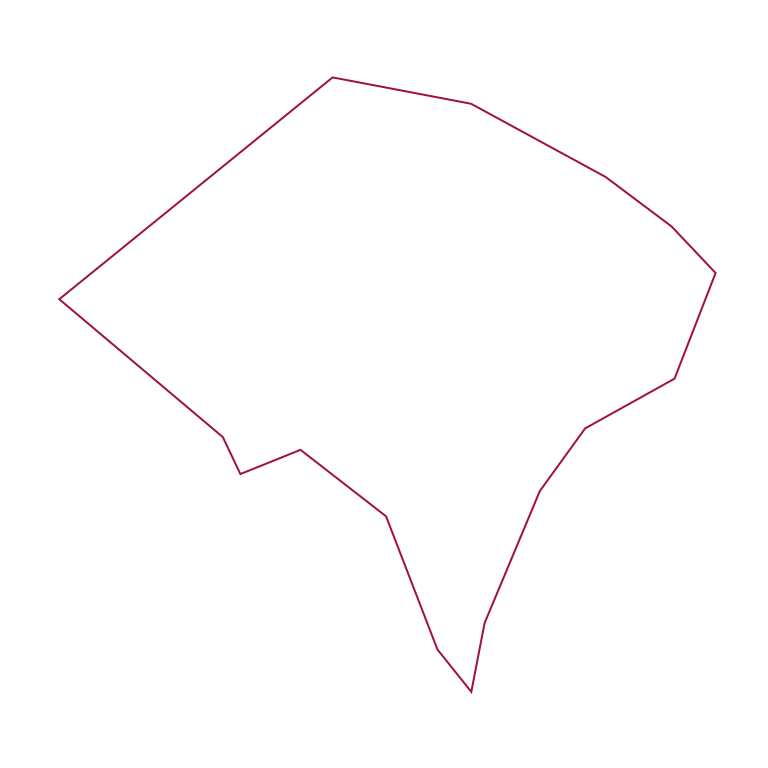 outline of Dobrovnik, rotated 92°
{"feature_id": "SVN-271", "entity_name": "Dobrovnik", "entity_type": "Municipality", "adm_level": 1, "iso_a3": "SVN", "parent_name": "Slovenia", "parent_adm1": "", "projection": "equal_earth", "projection_center": [16.364, 46.652], "detail": "fine", "context": "isolated", "style": "outline", "palette": "rose", "viewbox_px": 768, "rotation_deg": 92, "n_neighbors": 0, "source": "natural_earth", "source_scale": "10m", "svg_char_len": 401}
<svg xmlns="http://www.w3.org/2000/svg" viewBox="0 0 768 768"><g transform="rotate(92 384 384)"><path d="M688.6,286.0L647.5,321.3L516.2,377.3L452.7,465.2L479.0,524.4L476.9,525.5L442.7,543.2L310.6,711.5L79.4,446.1L100.9,306.8L169.4,169.7L216.5,102.1L261.5,56.5L337.2,82.9L368.5,93.8L421.3,181.4L485.5,224.5L619.3,275.1L683.5,285.2L688.6,286.0Z" fill="none" stroke="#9f1239" stroke-width="2"/></g></svg>